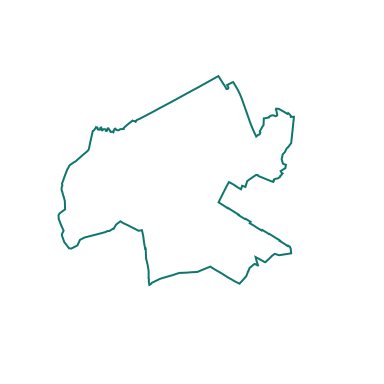 the district of Galgauskas pag., Gulbene, Latvia, rotated 42°
{"feature_id": "27541924B87503038984023", "entity_name": "Galgauskas pag.", "entity_type": "district", "adm_level": 2, "iso_a3": "LVA", "parent_name": "Latvia", "parent_adm1": "Gulbene", "projection": "albers", "projection_center": [26.584, 57.171], "detail": "fine", "context": "isolated", "style": "outline", "palette": "teal", "viewbox_px": 384, "rotation_deg": 42, "n_neighbors": 0, "source": "geoboundaries", "source_scale": "gbopen_adm2", "svg_char_len": 5669}
<svg xmlns="http://www.w3.org/2000/svg" viewBox="0 0 384 384"><g transform="rotate(42 192 192)"><path d="M306.7,171.2L305.8,170.4L303.2,168.0L301.6,167.4L301.4,167.2L299.3,167.6L299.4,168.1L297.5,168.4L295.2,168.7L292.1,169.3L289.8,169.7L289.8,169.2L288.3,169.4L286.0,169.9L282.6,170.5L277.4,171.4L277.3,171.8L275.2,172.1L269.5,173.2L269.6,174.0L267.1,174.5L262.3,175.4L260.4,175.6L255.8,176.6L255.6,175.0L249.9,176.0L249.7,176.6L247.1,177.1L244.7,177.6L241.7,178.0L241.7,177.6L236.3,178.6L229.3,179.8L229.4,180.2L227.7,180.4L224.7,180.9L218.7,181.9L218.2,180.3L217.8,178.9L215.2,169.5L214.3,166.1L213.7,163.9L212.8,159.9L218.2,158.6L220.6,158.3L223.4,157.9L226.6,157.2L225.1,153.8L228.3,152.5L226.2,148.0L225.7,146.9L226.1,145.3L226.1,145.0L227.1,140.9L228.2,136.4L229.5,135.4L230.6,135.7L233.9,134.5L235.0,134.1L238.7,132.8L243.3,131.1L244.6,130.6L245.7,130.1L245.3,128.8L244.8,128.7L244.6,127.5L245.3,126.3L246.9,124.1L247.1,122.5L247.3,122.1L247.3,121.6L246.8,121.0L247.0,120.3L246.9,117.6L246.0,117.9L243.9,117.1L245.4,111.8L243.7,109.0L240.6,110.1L236.5,107.5L236.2,106.8L236.2,106.7L234.2,103.3L234.3,100.3L233.8,98.4L233.2,96.4L233.2,96.1L233.4,94.9L233.3,94.3L233.4,94.1L233.1,91.2L233.0,89.3L218.7,69.6L217.4,67.9L215.2,70.1L214.1,69.1L210.6,69.0L210.7,69.6L210.6,70.2L206.8,70.8L206.6,70.9L201.5,72.0L201.4,72.2L201.2,72.3L200.9,72.3L200.6,72.4L200.3,72.6L200.1,72.7L198.8,73.7L198.8,73.9L198.9,74.2L199.0,74.5L200.5,75.2L201.3,75.9L203.7,77.6L203.8,77.7L203.9,77.9L204.0,78.1L204.0,78.4L203.9,78.7L203.8,79.1L203.4,79.6L203.2,79.8L202.3,80.1L201.9,80.3L201.5,80.5L201.2,80.6L200.4,81.3L200.1,81.6L199.9,82.0L199.6,82.6L199.4,83.0L199.2,83.5L199.1,84.1L199.0,84.5L199.2,85.0L199.3,85.1L197.5,87.6L196.1,89.2L200.4,94.4L200.7,96.8L201.5,100.2L201.9,101.8L203.1,102.1L203.7,104.0L202.9,105.3L202.7,107.2L202.6,107.3L202.6,107.8L199.0,106.3L196.0,105.0L193.3,103.7L192.0,103.1L190.4,102.3L187.7,100.9L184.8,99.3L168.3,90.3L166.2,89.2L164.2,88.2L163.1,87.7L161.3,86.9L158.5,85.8L157.3,85.3L154.2,84.3L150.2,83.1L149.0,82.8L148.4,84.1L146.5,89.0L148.2,89.5L148.6,89.7L148.9,89.8L149.1,90.0L149.5,90.5L149.6,91.1L149.5,91.4L149.3,91.7L148.7,92.4L146.8,91.7L146.4,91.5L142.7,90.6L134.0,88.2L133.2,90.6L131.7,94.9L131.6,95.4L126.7,109.7L124.3,116.3L121.4,124.6L119.4,130.4L119.3,130.5L118.4,133.3L117.5,135.7L116.2,139.4L116.0,140.0L111.9,151.2L109.5,158.1L104.1,172.7L102.8,175.5L102.7,176.8L102.8,176.9L103.1,177.2L103.8,177.7L103.2,177.6L102.1,177.6L101.9,177.9L100.8,178.5L100.6,178.7L100.4,178.8L100.0,178.8L99.8,180.2L98.8,186.1L98.7,186.5L98.8,186.9L98.8,187.0L98.4,189.3L98.5,189.9L98.5,190.1L98.5,190.3L98.8,190.5L99.1,190.8L98.8,191.1L97.9,192.1L97.3,192.7L97.0,192.9L96.8,193.1L96.6,193.3L96.5,193.9L96.4,194.5L96.3,194.8L96.2,195.2L95.9,195.5L95.4,195.8L94.5,196.4L94.1,196.5L93.7,196.4L93.3,196.3L92.8,196.1L92.7,196.1L92.4,196.5L92.3,196.8L92.3,197.3L92.9,198.9L93.1,199.4L93.5,199.8L93.6,200.3L92.5,200.4L91.5,201.7L90.7,201.7L90.1,201.3L88.7,201.0L88.0,200.9L87.4,200.6L86.8,201.1L86.9,201.7L87.8,203.1L87.7,203.8L87.0,204.2L86.5,203.6L85.8,203.5L85.3,203.6L84.5,204.2L84.1,205.1L84.1,206.2L83.6,206.5L83.2,206.2L82.8,205.5L82.3,205.3L81.3,204.9L81.0,205.8L81.2,206.2L81.7,206.5L81.8,206.8L81.4,207.8L80.5,208.5L79.7,208.4L79.2,207.7L78.2,207.5L77.8,208.0L77.3,208.1L77.6,208.9L77.7,210.5L77.8,211.5L77.9,211.9L77.8,212.6L77.7,212.9L77.5,213.2L78.6,215.2L80.4,218.3L83.2,223.3L85.3,226.8L86.6,229.1L87.0,230.8L86.9,231.3L86.8,232.7L86.6,233.8L85.9,239.2L85.8,240.4L85.2,245.1L85.0,247.3L84.9,247.5L84.2,249.3L84.2,250.0L83.7,251.7L83.2,254.0L83.2,254.5L83.8,256.5L84.2,258.0L84.1,258.4L86.9,265.7L87.8,267.9L88.4,269.2L89.8,272.8L91.3,273.9L91.7,275.1L92.5,276.3L93.4,277.5L94.9,278.4L95.8,278.9L97.6,280.1L100.3,281.7L103.4,283.7L104.5,284.8L109.3,289.8L108.5,293.5L107.9,296.6L108.4,298.6L111.1,301.3L118.4,304.9L122.5,306.7L123.4,310.0L124.5,311.4L130.6,314.7L135.7,315.6L138.2,316.1L140.1,314.9L142.6,308.4L141.2,303.9L140.9,303.1L140.9,302.8L140.8,302.4L140.9,302.1L142.0,299.3L142.6,297.8L142.8,297.4L144.1,295.5L144.8,294.4L153.3,281.6L154.7,279.2L155.0,278.3L155.1,277.9L155.4,277.6L156.1,276.8L156.7,276.3L158.0,271.7L158.4,271.7L157.4,267.1L158.4,261.7L161.9,261.1L165.4,260.0L166.0,259.8L174.2,257.6L178.2,256.6L180.0,254.3L180.4,253.9L185.4,257.5L189.9,261.4L192.6,263.6L194.4,264.9L195.2,265.7L195.5,265.5L195.4,265.3L195.6,265.3L195.6,265.2L195.9,265.4L198.1,267.8L201.8,271.5L202.2,272.0L202.6,272.4L203.1,272.7L203.4,272.8L207.6,275.7L212.5,279.6L216.5,284.0L217.0,284.5L217.2,285.1L217.5,285.2L218.5,285.8L219.9,287.6L222.5,289.6L223.0,288.2L222.9,286.4L226.3,278.0L227.3,276.3L228.5,274.3L230.4,271.3L233.9,265.6L235.0,263.6L236.5,261.0L236.9,260.4L238.4,259.0L238.5,258.8L238.8,258.7L239.4,258.1L239.9,257.5L241.7,255.8L242.6,254.9L243.4,254.0L245.7,251.6L246.9,250.4L247.9,249.4L249.7,247.5L251.3,243.9L251.9,242.7L252.7,241.1L254.0,238.3L255.1,236.3L255.6,235.1L256.7,235.0L258.2,234.8L259.1,234.6L262.3,234.0L266.7,233.0L273.1,231.9L274.2,231.7L275.6,231.5L278.2,230.9L279.9,230.5L283.5,229.8L287.7,228.6L288.7,228.3L288.7,228.0L288.6,226.9L288.7,225.4L288.7,222.2L288.7,221.0L288.8,220.6L288.7,220.4L288.7,218.2L288.2,217.1L287.1,214.1L287.0,213.7L286.8,213.6L286.9,213.3L286.8,213.2L286.6,212.5L286.2,211.4L285.6,209.9L285.9,208.3L286.4,204.6L286.7,203.5L286.8,203.4L290.1,202.6L290.2,202.4L286.2,200.1L282.8,197.8L287.5,196.6L288.0,196.6L288.3,196.5L290.0,196.1L292.3,195.6L293.2,195.3L293.3,195.3L293.5,195.1L293.8,191.4L294.2,186.5L294.1,186.3L294.8,182.7L297.4,181.4L297.5,181.4L298.4,181.0L299.1,180.6L301.2,178.0L301.4,177.8L305.4,172.9L306.6,171.3L306.7,171.2Z" fill="none" stroke="#0f766e" stroke-width="2"/></g></svg>